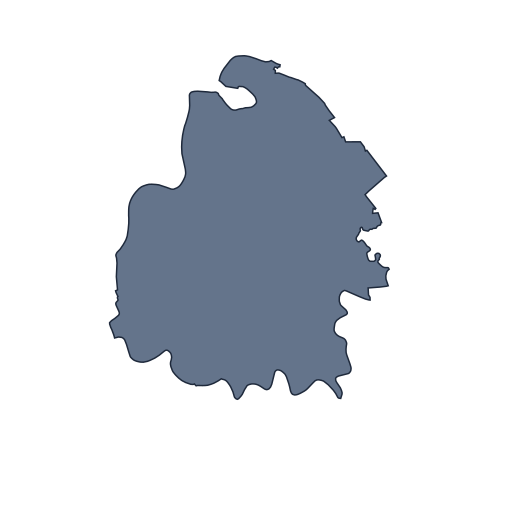 Ninh Giang, Hải Dương, Vietnam, rotated 133°
{"feature_id": "81297802B74485828948407", "entity_name": "Ninh Giang", "entity_type": "district", "adm_level": 2, "iso_a3": "VNM", "parent_name": "Vietnam", "parent_adm1": "Hải Dương", "projection": "natural_earth1", "projection_center": [106.333, 20.753], "detail": "fine", "context": "isolated", "style": "filled", "palette": "slate", "viewbox_px": 512, "rotation_deg": 133, "n_neighbors": 0, "source": "geoboundaries", "source_scale": "gbopen_adm2", "svg_char_len": 6153}
<svg xmlns="http://www.w3.org/2000/svg" viewBox="0 0 512 512"><g transform="rotate(133 256 256)"><path d="M150.4,187.3L148.5,186.2L148.0,186.3L146.9,187.2L146.4,187.3L145.9,186.9L141.2,196.2L145.3,199.8L143.4,201.3L141.2,202.7L140.7,200.7L139.5,200.8L137.3,215.6L136.7,218.1L131.5,217.8L111.0,215.7L108.5,215.1L103.1,247.0L104.6,247.6L102.4,251.4L101.3,257.5L111.4,268.3L108.9,273.0L110.8,273.9L107.8,284.3L107.4,286.3L106.8,294.9L101.2,293.0L99.9,301.4L98.4,308.2L97.6,309.9L97.0,318.2L97.4,336.0L97.0,336.9L96.4,337.4L96.4,337.6L97.1,340.7L98.5,345.3L99.3,346.7L101.6,352.0L102.6,353.8L104.3,358.4L106.3,363.4L106.8,364.2L109.2,366.5L107.1,368.4L107.4,370.5L105.2,371.1L104.4,370.3L104.0,368.4L102.4,368.6L101.4,367.6L99.7,368.8L100.7,370.8L101.4,372.6L102.7,378.2L104.8,379.0L107.5,381.4L109.5,385.2L111.7,390.6L114.6,396.8L116.4,399.6L117.6,401.2L121.7,405.2L124.0,407.0L126.3,407.8L128.5,408.1L130.6,408.2L140.5,407.3L144.8,406.4L146.8,405.7L149.2,404.7L152.8,402.6L152.5,400.6L152.5,393.7L146.1,384.1L145.8,383.7L144.2,384.4L143.4,383.9L141.0,381.0L140.3,378.7L139.9,376.3L139.8,373.3L139.8,368.8L140.2,365.6L140.5,364.7L141.6,362.5L142.5,361.2L143.4,360.4L144.6,360.0L147.8,360.1L150.4,360.9L152.6,362.7L154.9,364.9L157.3,366.3L158.2,367.2L159.9,368.5L163.0,370.2L164.4,371.7L165.2,373.2L165.6,374.8L165.5,378.6L165.4,380.6L165.1,382.9L164.3,387.1L164.0,387.9L163.8,392.7L162.9,394.5L163.2,396.4L163.9,397.6L165.1,398.6L166.9,400.4L168.9,403.2L175.3,411.1L177.5,413.2L178.4,413.9L179.8,414.8L180.7,415.1L182.1,415.1L182.9,414.9L183.8,414.4L191.1,407.2L194.1,404.8L196.0,403.6L201.3,400.7L207.0,397.9L209.3,397.0L212.6,395.2L217.8,392.0L222.8,388.3L226.9,384.8L231.7,379.9L240.7,366.9L242.7,364.6L244.0,363.4L246.4,362.0L249.3,361.0L251.5,360.4L254.1,359.9L255.7,359.7L257.4,359.7L259.0,360.0L260.1,360.3L263.3,361.8L264.1,362.6L264.9,363.7L266.9,368.4L270.2,375.5L271.9,377.9L274.6,381.2L276.6,383.2L278.7,384.6L281.5,386.1L283.4,386.9L284.7,387.2L286.8,387.5L291.5,387.5L294.3,387.2L296.7,386.8L299.0,386.2L301.3,385.4L303.6,384.4L306.7,382.5L308.7,380.9L310.7,379.1L313.3,376.7L315.1,374.8L318.8,371.4L323.7,367.6L329.2,363.8L332.5,362.3L334.9,361.6L338.4,360.8L343.7,360.0L347.9,360.1L349.0,359.9L350.6,359.3L351.4,358.6L352.6,356.6L356.0,352.8L366.4,344.0L375.2,334.2L375.6,334.3L377.2,335.0L378.2,333.3L379.8,329.3L380.5,329.3L381.2,328.8L381.8,327.6L382.2,327.0L382.6,326.7L385.4,326.6L386.1,326.3L386.5,326.0L387.2,325.1L387.8,323.8L390.1,318.3L390.8,317.2L391.6,316.5L392.5,316.2L393.2,316.1L398.0,316.7L401.5,317.5L402.9,317.6L404.6,317.6L405.6,316.6L407.3,313.5L408.2,311.2L410.5,306.6L411.6,304.7L412.4,303.5L409.0,301.3L407.1,298.7L406.8,297.7L406.7,296.3L406.8,295.3L407.0,294.6L409.0,290.4L412.9,283.7L415.3,279.4L415.5,278.6L415.6,277.0L415.5,274.7L415.0,273.0L414.2,271.2L413.0,269.1L412.1,267.8L410.4,265.9L407.0,263.5L404.5,262.3L399.7,260.4L394.5,259.1L388.2,258.2L387.0,257.9L386.3,257.6L385.7,257.0L385.3,256.2L385.1,255.0L385.1,252.9L385.4,251.8L386.2,250.3L387.6,248.6L389.7,247.2L391.7,246.2L392.7,245.5L393.7,244.5L395.0,242.7L396.8,239.1L397.3,237.6L397.7,235.1L397.9,233.1L398.0,229.3L397.7,225.7L397.4,224.3L396.7,222.0L396.7,221.6L394.3,216.2L393.0,214.6L392.4,214.1L391.6,213.8L391.8,211.3L390.5,210.4L387.1,206.6L385.2,204.7L383.5,203.2L380.6,201.5L377.8,200.1L373.1,198.5L369.4,197.6L369.3,197.0L368.1,194.8L367.7,193.5L367.6,192.2L367.7,190.7L368.4,187.2L369.0,185.2L371.1,180.2L373.8,175.7L374.0,174.9L374.1,173.5L373.6,172.0L373.1,171.7L372.1,171.4L369.0,171.4L366.5,171.7L361.7,173.2L357.0,174.1L356.0,173.9L354.8,173.4L352.9,172.2L351.7,171.1L350.2,169.2L349.4,167.7L348.8,166.2L348.2,163.8L347.4,159.0L346.9,157.8L346.5,157.1L345.7,156.5L344.3,155.9L341.9,156.0L338.9,157.1L328.3,163.0L327.2,163.3L326.4,163.3L325.5,163.1L324.6,162.6L323.8,161.5L323.1,160.1L322.8,159.1L322.6,157.0L322.6,154.8L322.7,153.9L323.6,151.3L327.1,144.8L328.8,142.1L331.1,138.8L332.0,136.9L332.2,135.7L332.2,134.9L331.3,133.0L330.2,132.0L328.8,131.1L326.3,130.0L322.1,128.6L320.0,128.1L318.0,127.9L309.9,127.8L307.0,127.7L305.2,127.0L303.8,125.7L302.4,123.5L301.4,121.3L301.2,119.0L300.9,115.3L301.4,108.0L301.8,105.9L302.2,103.9L303.6,99.8L303.6,99.0L303.4,98.3L302.4,96.9L298.3,98.9L297.2,99.9L296.0,101.9L294.9,104.4L293.5,110.5L293.0,112.1L292.4,113.1L291.2,114.3L290.5,114.5L289.7,114.5L287.7,113.9L279.0,108.3L277.9,108.0L276.1,108.2L275.2,108.5L273.6,109.6L272.6,110.7L270.8,113.8L266.4,122.3L265.1,124.3L262.8,126.6L260.5,128.4L258.4,129.8L257.7,130.6L257.1,131.8L256.5,133.2L256.4,134.3L256.4,135.4L256.8,136.8L258.1,140.3L258.5,142.4L258.4,144.9L258.0,146.3L257.5,147.6L256.8,148.5L255.4,149.7L251.6,152.3L250.3,152.7L248.8,153.0L247.5,153.0L243.7,152.3L237.2,149.9L235.9,150.0L235.1,150.7L234.7,151.4L234.1,153.5L234.2,158.4L234.2,160.2L234.0,161.1L232.5,163.9L231.4,165.1L229.0,167.2L227.3,168.0L225.6,168.5L224.2,168.7L222.9,168.5L221.4,168.1L220.8,167.8L219.9,166.1L218.9,163.2L215.2,152.7L212.8,146.5L211.1,143.4L210.4,142.5L208.5,144.4L208.1,145.7L207.8,147.1L202.9,152.2L194.2,144.2L189.2,140.0L187.6,139.0L184.3,145.1L182.0,147.5L178.9,149.3L178.1,149.6L176.9,149.8L174.9,149.6L174.5,150.6L174.4,151.2L174.6,151.7L176.1,153.3L177.0,154.5L177.4,155.5L177.7,157.1L177.7,159.6L177.6,161.9L177.4,162.6L176.4,163.5L174.4,163.5L173.5,164.4L171.9,164.7L171.3,165.0L170.8,165.4L170.3,166.2L170.3,167.9L171.0,168.9L171.7,169.4L173.2,169.7L174.2,169.6L174.7,168.9L175.9,167.3L177.0,166.0L177.3,165.9L178.6,165.9L179.4,166.1L180.1,166.8L182.0,168.9L182.1,169.7L182.2,170.8L181.6,172.2L180.4,174.3L178.9,176.4L178.5,176.8L177.3,177.1L174.8,176.5L173.9,176.5L173.4,176.7L173.0,177.1L172.6,178.2L172.6,179.4L173.0,181.2L173.0,182.1L172.1,186.1L172.0,188.4L172.3,189.5L172.7,189.8L175.5,190.3L175.9,191.0L176.1,192.0L175.9,193.0L175.5,194.0L174.6,194.9L173.5,195.4L170.4,195.8L168.9,196.4L166.5,196.8L166.2,197.0L165.7,197.8L165.1,198.4L164.5,198.7L163.2,198.6L162.9,198.2L162.8,197.7L163.7,196.0L163.8,195.1L163.0,193.6L161.5,191.2L160.9,190.8L159.3,191.0L158.5,190.7L157.4,189.4L156.3,189.3L155.4,188.7L154.2,187.5L153.8,187.2L153.4,187.2L151.6,187.6L150.4,187.3Z" fill="#64748b" stroke="#1e293b" stroke-width="1.5"/></g></svg>